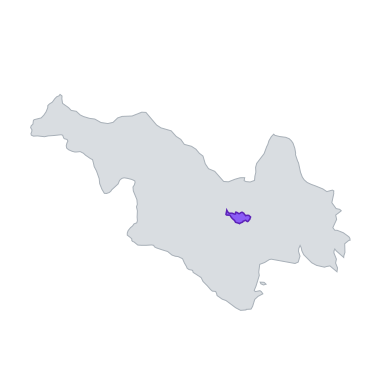 Maengsan, P'yŏngan-namdo, North Korea (highlighted), rotated 255°
{"feature_id": "82179303B43316794404011", "entity_name": "Maengsan", "entity_type": "district", "adm_level": 2, "iso_a3": "PRK", "parent_name": "North Korea", "parent_adm1": "P'yŏngan-namdo", "projection": "mercator", "projection_center": [126.637, 39.682], "detail": "fine", "context": "in_parent", "style": "filled", "palette": "violet", "viewbox_px": 384, "rotation_deg": 255, "n_neighbors": 0, "source": "geoboundaries", "source_scale": "gbopen_adm2", "svg_char_len": 4376}
<svg xmlns="http://www.w3.org/2000/svg" viewBox="0 0 384 384"><g transform="rotate(255 192 192)"><path d="M226.7,285.9L225.3,286.7L222.9,291.0L220.6,296.6L218.4,299.6L215.8,301.2L213.1,302.2L207.7,302.6L202.8,302.2L201.2,301.6L194.5,302.0L192.6,302.4L182.9,301.9L177.9,302.4L174.7,303.5L171.4,305.7L168.6,309.0L166.1,312.6L161.1,319.2L157.5,322.3L157.5,326.9L157.4,328.3L156.2,329.3L155.7,328.9L153.7,328.5L145.5,324.3L138.7,326.9L137.0,330.2L135.2,331.3L132.5,324.8L128.1,324.6L121.1,318.8L118.1,320.0L117.4,322.3L113.5,327.6L108.2,331.9L106.4,332.5L104.5,332.2L104.7,331.0L102.5,326.1L94.1,324.1L91.0,322.1L89.5,321.6L97.8,316.1L100.0,315.2L98.3,313.9L96.5,313.3L89.8,314.1L86.2,312.3L81.0,312.9L77.4,311.4L84.9,306.1L85.2,302.9L85.1,300.5L88.9,293.3L92.7,289.3L102.5,283.7L106.8,282.9L109.9,283.1L112.4,282.6L109.8,280.5L107.1,279.5L102.1,279.7L96.8,276.4L96.3,273.0L106.6,251.2L106.7,249.2L105.1,243.9L104.6,238.7L97.3,235.7L94.0,235.4L84.6,229.5L80.8,226.6L79.4,227.4L79.1,232.1L77.8,233.2L75.3,234.1L74.1,228.7L72.0,224.8L65.8,220.9L63.6,218.7L64.6,214.0L64.1,213.6L65.1,208.3L68.9,204.2L78.3,196.8L80.7,193.4L85.5,189.4L87.6,189.5L89.8,189.1L90.5,187.3L91.0,186.0L92.9,184.7L97.5,182.5L102.7,179.5L106.9,178.7L111.9,174.3L114.0,172.3L116.1,172.3L116.7,171.4L117.8,169.1L119.5,167.6L121.7,167.3L125.4,166.3L130.0,165.6L133.2,161.9L134.3,159.2L136.3,156.3L140.8,153.1L143.8,148.3L147.2,143.2L148.8,141.5L150.4,141.2L151.3,139.3L152.4,133.8L153.9,128.4L154.8,125.9L158.7,123.1L159.7,121.8L160.6,121.3L162.4,121.7L164.8,120.1L167.1,118.3L169.2,118.9L171.3,120.4L173.5,123.4L174.5,125.7L176.2,127.7L176.5,130.6L178.3,131.8L182.0,132.5L188.0,134.4L192.0,134.5L194.2,136.0L198.9,136.8L208.2,135.6L212.1,136.3L213.7,138.1L216.0,139.5L217.6,139.6L219.7,137.1L221.9,133.2L223.3,130.1L223.3,127.7L222.0,125.1L218.9,122.7L216.9,118.9L214.9,115.0L213.8,113.8L212.9,111.9L212.7,109.0L213.4,107.0L218.0,105.7L224.0,105.0L228.9,105.8L236.9,105.2L241.9,104.1L245.6,104.3L249.0,104.3L250.5,102.6L255.2,98.6L257.5,97.2L260.0,94.4L260.4,91.6L260.9,89.3L262.3,86.8L264.8,83.7L266.9,82.3L269.2,82.5L271.7,83.9L273.3,85.3L275.1,84.9L276.5,82.5L277.5,82.0L280.3,81.8L281.2,80.4L282.3,73.3L283.4,67.7L283.6,63.8L286.2,57.2L287.0,53.3L288.5,51.5L290.2,51.6L291.7,52.8L293.5,53.5L295.9,52.8L297.6,53.8L298.7,55.9L302.3,57.4L302.7,58.4L302.6,65.5L304.6,68.8L307.2,71.8L310.8,74.5L312.8,75.1L313.9,77.0L315.0,80.4L317.6,83.6L319.0,86.0L319.3,88.4L320.4,89.8L318.4,91.3L315.7,90.4L311.1,89.9L305.3,94.7L302.1,96.4L299.9,101.1L295.4,103.9L292.9,106.8L289.7,112.0L287.6,117.0L282.7,122.0L279.9,128.4L279.7,133.8L282.8,139.4L283.1,144.1L280.9,153.8L282.1,164.1L280.8,168.1L265.9,175.1L262.0,178.6L256.5,187.7L249.8,191.1L245.7,194.8L240.0,196.9L236.3,203.3L232.3,206.9L227.5,209.1L223.9,211.9L215.8,212.1L210.2,214.0L206.1,219.3L194.0,225.3L192.4,229.8L193.2,236.8L193.3,242.2L192.2,246.6L189.5,245.3L188.1,246.8L186.6,250.8L187.0,255.4L191.1,256.9L194.6,258.8L199.3,259.8L202.9,261.9L210.4,271.6L216.5,275.9L218.1,277.4L221.6,279.6L224.9,282.9L226.7,285.9ZM86.1,238.2L83.8,239.7L83.7,237.0L85.5,234.8L87.3,234.5L86.1,238.2Z" fill="#d9dde1" stroke="#a8b0b8" stroke-width="1"/><path d="M152.0,226.1L151.9,226.1L151.5,226.2L150.9,227.1L150.5,227.8L150.1,228.4L149.6,229.2L149.1,229.8L149.3,230.1L149.5,230.5L149.5,231.0L149.7,231.8L149.7,232.5L149.8,232.9L150.1,233.5L150.6,233.9L150.6,234.6L150.6,235.2L150.7,235.7L150.9,236.1L150.7,236.7L149.9,237.1L149.1,237.8L149.1,238.3L149.4,239.0L149.9,239.5L150.2,240.0L150.6,240.7L151.1,241.0L151.6,241.2L152.0,241.7L152.3,241.8L152.7,242.1L154.7,240.8L155.1,239.8L155.2,239.1L155.3,238.6L155.2,237.7L156.1,237.3L157.2,236.7L158.1,236.5L158.3,236.2L159.3,235.4L159.5,235.1L159.5,234.7L159.5,234.4L159.4,233.8L159.0,232.7L158.9,232.4L158.9,232.1L158.9,231.8L159.1,231.5L159.3,231.2L159.9,230.9L160.8,229.9L161.0,229.6L161.1,229.3L161.2,229.0L160.9,228.7L160.0,228.6L159.7,228.5L159.5,228.2L159.5,227.9L159.6,227.6L159.9,227.0L160.3,226.5L160.9,225.6L161.1,225.3L161.2,225.1L161.7,223.0L161.9,222.5L162.2,222.2L162.7,221.8L163.0,221.6L164.3,221.2L164.6,221.1L165.5,220.9L164.2,220.3L163.0,219.7L162.2,219.3L161.6,219.0L160.9,219.3L160.6,220.0L160.5,220.3L160.4,220.7L160.1,221.4L160.1,222.0L159.6,222.7L158.6,223.0L157.3,223.4L156.1,224.0L155.3,224.5L154.3,225.1L153.7,225.7L152.8,225.9L152.0,226.1Z" fill="#8b5cf6" stroke="#5b21b6" stroke-width="1.5"/></g></svg>